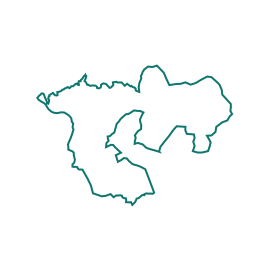 Steni, Paphos, Cyprus, rotated 107°
{"feature_id": "46923920B12121468549379", "entity_name": "Steni", "entity_type": "district", "adm_level": 2, "iso_a3": "CYP", "parent_name": "Cyprus", "parent_adm1": "Paphos", "projection": "orthographic", "projection_center": [32.467, 35.005], "detail": "fine", "context": "isolated", "style": "outline", "palette": "teal", "viewbox_px": 256, "rotation_deg": 107, "n_neighbors": 0, "source": "geoboundaries", "source_scale": "gbopen_adm2", "svg_char_len": 3556}
<svg xmlns="http://www.w3.org/2000/svg" viewBox="0 0 256 256"><g transform="rotate(107 128 128)"><path d="M182.2,84.1L166.6,96.1L162.4,99.4L161.4,104.3L161.1,108.4L161.2,110.6L161.2,113.3L160.2,115.3L159.3,117.5L157.5,120.2L158.0,123.2L160.5,125.0L163.3,127.8L161.2,129.2L157.6,131.7L153.7,127.5L150.1,135.0L148.6,137.1L149.1,139.5L152.7,143.4L148.7,144.2L145.8,142.8L144.2,144.1L142.1,144.9L140.9,142.8L138.3,141.4L136.4,139.8L131.5,139.9L127.2,140.0L124.7,138.7L121.8,137.8L118.6,136.0L115.3,133.8L114.5,131.7L111.4,129.0L109.4,127.3L109.0,124.5L108.2,121.5L108.6,117.8L112.0,118.5L116.6,119.0L119.0,117.8L121.3,116.2L125.2,115.2L128.2,117.6L133.0,119.3L135.1,117.8L138.7,117.6L141.2,117.0L139.4,114.3L139.4,109.1L141.5,104.9L141.8,101.7L141.6,95.6L141.6,91.0L141.3,91.4L136.5,91.5L131.6,89.6L123.3,86.3L116.4,84.0L112.1,81.9L110.1,73.4L113.5,72.5L116.4,70.0L114.9,63.0L118.0,61.4L122.0,61.6L125.6,59.1L131.2,59.2L131.1,54.2L129.7,49.8L126.7,44.7L121.6,44.5L117.5,44.8L114.9,47.4L112.3,50.2L110.7,46.0L106.2,43.2L101.1,43.9L95.0,39.5L91.7,35.2L87.1,34.1L84.3,32.5L81.7,35.1L78.0,35.7L75.0,36.7L68.5,47.6L64.1,49.5L60.0,53.0L58.6,55.3L55.0,63.0L55.6,67.2L59.9,71.6L65.1,76.3L68.2,80.7L67.6,86.5L70.2,90.3L72.4,96.0L74.9,101.0L70.4,105.1L64.7,109.9L59.9,118.5L62.6,122.6L63.4,126.8L67.7,129.8L68.4,129.8L70.0,130.4L72.1,130.4L74.6,130.8L76.6,129.8L79.0,130.0L81.6,130.3L84.3,129.9L85.6,129.8L90.2,127.8L90.1,130.1L89.8,131.6L88.3,132.1L87.4,133.5L87.5,135.4L86.7,137.1L87.4,137.9L86.0,141.8L88.6,143.5L86.3,147.3L87.0,149.6L87.6,151.5L87.2,152.6L88.7,155.8L91.2,154.6L94.1,156.1L95.0,157.1L93.7,159.6L92.4,161.7L92.4,163.0L92.5,164.5L94.4,166.4L96.1,165.9L97.4,166.1L98.7,167.6L98.7,169.4L97.6,169.8L97.0,171.2L97.4,173.4L98.0,175.2L98.7,176.2L98.7,177.3L98.2,178.4L98.6,179.7L97.3,180.8L96.3,182.0L95.8,183.3L94.3,183.2L93.1,182.9L92.1,183.1L90.5,183.1L90.2,184.1L89.6,184.4L91.8,185.5L94.0,186.0L95.1,186.6L95.7,187.1L96.3,187.2L97.1,187.0L97.6,188.7L99.2,188.6L100.5,187.8L101.2,187.6L101.3,189.0L100.5,189.9L101.1,191.0L103.0,192.0L104.1,192.8L104.6,194.3L105.7,194.8L105.9,194.9L107.1,195.8L106.5,197.2L106.8,198.1L107.8,198.8L108.7,200.0L109.4,200.6L109.9,200.7L110.7,202.1L111.9,202.6L112.7,203.4L113.9,205.1L114.3,206.1L115.8,205.5L117.2,205.0L117.8,205.7L118.0,207.3L117.5,208.5L116.4,209.6L116.5,210.1L117.9,211.3L119.0,212.3L119.8,212.9L120.6,212.4L121.4,213.0L122.1,213.1L123.5,212.7L124.1,211.7L125.2,211.4L127.1,211.3L128.1,211.4L128.1,212.7L127.0,213.0L125.6,214.1L124.3,215.1L123.6,216.1L122.1,217.0L119.9,218.8L120.2,220.8L121.5,221.3L123.1,222.4L124.6,223.0L125.7,223.5L127.1,221.7L128.2,218.3L128.8,215.3L129.9,213.3L131.9,211.2L133.3,209.4L134.7,206.2L135.1,203.5L134.4,199.7L132.8,197.1L131.8,193.6L132.9,189.3L133.9,187.0L135.3,185.1L138.6,183.4L139.6,181.8L143.5,181.2L145.4,179.7L148.4,179.7L150.9,179.7L154.7,179.9L158.4,180.4L161.5,180.6L162.7,179.8L165.0,179.0L166.0,178.9L166.3,177.6L166.5,174.8L167.3,172.8L170.2,171.7L173.8,169.5L176.0,169.3L177.5,169.5L178.9,170.5L180.1,170.1L181.1,169.9L181.1,168.3L180.5,167.3L180.2,165.0L181.5,164.1L182.0,162.5L181.4,160.7L181.1,159.4L188.4,151.7L193.9,146.6L200.7,142.4L201.0,133.2L199.5,129.7L196.3,125.3L198.4,121.5L195.9,119.5L195.4,117.4L194.6,115.8L194.5,114.0L195.8,113.2L196.3,111.6L195.9,109.4L198.3,108.4L199.5,108.2L198.8,105.2L198.0,103.5L200.3,101.4L196.9,99.6L195.4,99.3L193.0,99.1L192.0,97.4L189.7,95.9L188.0,94.8L187.5,93.1L187.3,93.3L186.6,93.1L185.1,91.2L184.8,88.9L184.0,87.2L183.9,85.6L183.0,84.5L182.2,84.1Z" fill="none" stroke="#0f766e" stroke-width="2"/></g></svg>